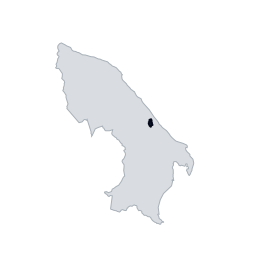 location of Huaylas, Áncash, Peru, rotated 162°
{"feature_id": "86281439B81908215942962", "entity_name": "Huaylas", "entity_type": "district", "adm_level": 2, "iso_a3": "PER", "parent_name": "Peru", "parent_adm1": "Áncash", "projection": "equal_earth", "projection_center": [-77.846, -8.958], "detail": "fine", "context": "in_parent", "style": "filled", "palette": "ink", "viewbox_px": 256, "rotation_deg": 162, "n_neighbors": 0, "source": "geoboundaries", "source_scale": "gbopen_adm2", "svg_char_len": 5028}
<svg xmlns="http://www.w3.org/2000/svg" viewBox="0 0 256 256"><g transform="rotate(162 128 128)"><path d="M170.2,73.4L170.2,74.1L169.5,74.5L168.9,74.0L168.0,74.1L166.6,72.5L163.3,72.7L161.9,74.7L159.7,75.1L157.3,76.0L154.6,76.4L150.4,79.6L149.4,80.8L147.5,82.7L146.0,83.3L145.2,89.0L143.7,92.4L143.1,94.2L143.9,97.0L143.9,98.3L143.0,99.4L142.3,99.5L140.8,100.7L138.7,103.2L138.3,105.2L139.0,107.7L138.8,108.0L137.0,108.5L137.0,109.9L136.7,110.5L138.1,112.5L139.0,113.0L139.0,113.5L138.9,114.0L138.5,114.2L138.5,114.7L139.6,116.2L140.4,119.3L141.9,120.7L142.0,121.7L142.4,122.7L143.2,123.4L145.1,126.5L145.1,127.9L143.1,131.1L146.4,131.1L150.0,132.2L150.5,132.7L150.9,134.2L150.9,135.1L151.7,135.9L151.6,137.7L156.3,137.7L159.4,137.3L164.4,131.9L165.2,131.4L164.7,132.6L164.7,133.4L164.9,134.4L164.3,135.7L164.2,148.9L165.1,148.2L166.2,149.4L167.1,149.5L169.8,148.0L172.9,148.2L180.1,165.4L179.4,166.5L179.5,167.4L178.6,168.2L177.6,169.5L177.5,176.3L176.7,178.4L177.1,179.5L177.5,181.6L178.2,182.9L178.3,183.8L178.3,184.1L177.2,184.8L177.1,186.1L175.3,188.5L174.9,190.1L174.2,190.7L174.1,192.5L175.7,195.5L174.6,197.3L173.6,199.9L175.2,205.5L175.9,206.3L176.6,206.3L177.6,206.8L178.2,207.6L176.9,208.6L176.6,209.1L176.7,210.9L175.2,212.3L173.2,215.8L172.7,216.0L171.7,217.0L171.5,217.5L171.7,218.0L172.5,219.1L172.6,220.4L171.1,221.9L170.1,222.1L169.8,222.5L170.1,224.7L170.1,225.6L169.8,226.8L169.1,228.0L167.0,229.3L165.1,229.5L161.9,226.3L160.9,225.0L157.7,222.3L157.2,219.4L156.2,218.0L154.2,217.0L152.7,215.5L151.5,214.9L148.6,211.6L146.0,210.6L141.1,207.2L138.4,206.1L135.0,202.9L133.2,202.1L131.7,200.6L127.2,197.4L126.5,196.4L125.9,194.9L124.9,193.9L123.8,191.8L122.1,190.5L120.5,188.9L118.5,184.4L117.6,183.4L117.5,181.3L116.9,180.4L117.9,179.7L118.5,176.6L118.2,175.0L115.9,170.7L115.5,168.9L113.8,165.6L113.2,163.7L111.9,162.2L111.3,161.0L110.6,160.5L110.5,159.0L110.0,156.1L109.3,154.6L106.6,151.9L106.4,149.0L105.8,146.9L102.1,138.6L99.9,130.7L98.1,126.2L97.3,123.7L97.3,122.3L95.9,119.9L95.2,117.8L92.2,113.6L90.4,108.9L90.2,107.6L89.0,105.0L87.1,101.7L86.1,100.4L80.3,96.3L77.5,93.7L77.2,92.5L77.4,91.7L78.0,91.0L78.8,91.6L79.3,91.3L79.7,90.4L79.7,89.0L79.2,87.3L77.3,83.8L77.8,82.3L75.9,78.3L76.3,74.4L76.8,73.4L79.6,69.5L80.4,67.8L81.6,66.7L82.8,65.1L84.3,63.9L84.7,64.3L85.1,66.4L85.1,67.9L85.5,69.4L84.5,70.8L83.4,70.5L82.9,70.9L82.8,71.6L82.9,72.6L83.2,73.1L84.1,73.1L82.9,75.2L83.0,75.6L83.8,76.0L84.6,75.4L85.3,74.3L85.8,74.1L88.7,76.1L90.0,75.9L91.0,76.8L91.1,78.3L92.5,81.1L94.7,81.8L95.0,81.6L95.5,80.5L96.0,80.4L96.1,78.8L97.9,77.1L98.2,75.9L97.9,75.1L97.9,74.4L99.0,70.6L99.4,70.2L99.7,69.0L100.1,68.3L100.7,64.0L101.2,64.1L101.7,65.1L102.3,64.8L102.0,63.8L102.1,63.5L104.1,60.1L104.7,59.4L114.5,54.7L119.4,49.9L123.8,43.2L125.1,36.4L125.6,36.8L126.4,36.7L126.1,33.9L126.3,32.6L126.3,32.2L125.0,30.6L124.4,28.8L123.2,27.8L123.3,27.4L124.5,27.8L125.7,27.6L126.6,26.5L127.4,26.6L129.0,28.1L130.1,28.3L130.5,29.4L131.7,30.2L133.3,32.5L134.1,35.1L134.0,35.5L134.8,36.9L136.4,37.5L137.9,39.4L139.6,40.0L140.3,41.7L140.8,42.2L141.0,43.2L140.7,44.4L141.0,45.0L142.2,46.0L143.2,46.0L143.5,46.5L144.1,49.3L143.7,50.7L143.8,51.5L145.2,52.2L145.6,52.8L146.7,52.9L148.2,52.3L150.1,53.2L151.6,52.9L152.3,52.7L153.0,52.0L153.5,52.1L155.0,50.3L155.5,50.1L157.1,50.9L158.4,52.1L160.1,51.9L160.8,51.2L162.0,50.7L164.2,52.2L164.6,52.9L165.2,53.1L167.6,54.6L168.0,55.2L169.2,55.8L169.5,56.3L169.4,56.8L163.9,68.3L165.6,69.3L167.2,68.7L168.0,69.5L168.6,71.3L169.8,72.6L170.2,73.4Z" fill="#d9dde1" stroke="#a8b0b8" stroke-width="1"/><path d="M103.8,123.1L103.7,123.1L103.6,123.3L103.6,123.5L103.5,123.8L103.5,124.0L103.6,124.3L103.7,124.5L103.6,124.8L103.7,125.0L103.8,125.1L103.7,125.2L103.8,125.3L103.8,125.2L103.8,125.3L104.0,125.4L103.9,125.5L104.0,125.5L104.0,125.8L104.0,126.0L103.9,126.0L104.0,126.0L104.1,126.3L103.9,126.4L103.9,126.5L103.7,126.7L103.6,126.8L103.5,127.0L103.4,127.1L103.3,127.3L103.2,127.4L103.1,127.5L103.1,127.8L103.1,128.0L103.3,128.2L103.3,128.3L103.3,128.5L103.2,128.5L103.0,128.8L103.1,129.0L103.3,129.2L103.3,129.3L103.5,129.3L103.6,129.2L103.7,129.3L103.8,129.2L103.8,129.3L104.0,129.3L104.3,129.3L104.5,129.4L104.8,129.3L104.8,129.2L104.9,128.9L105.0,129.0L105.3,129.1L105.4,128.9L105.4,128.7L105.4,128.4L105.4,128.2L105.4,127.9L105.4,127.7L105.5,127.7L105.4,127.6L105.5,127.4L105.7,127.2L105.8,127.2L105.8,127.3L105.9,127.2L106.0,127.2L106.2,126.9L106.3,126.9L106.4,126.7L106.5,126.7L106.8,126.5L106.7,126.4L106.7,126.2L106.8,126.2L106.9,125.9L107.0,125.9L107.0,125.7L107.1,125.4L106.9,125.3L106.9,125.2L106.9,124.9L106.9,124.7L107.0,124.6L107.0,124.4L107.0,124.2L107.0,123.9L106.9,123.8L106.9,123.7L106.8,123.8L106.7,123.7L106.4,123.5L106.4,123.4L106.3,123.2L106.2,123.1L106.1,122.9L105.9,122.8L105.9,122.7L105.8,122.8L105.7,122.7L105.7,122.8L105.7,122.7L105.6,122.8L105.4,122.9L105.2,122.8L104.9,122.9L104.8,123.0L104.7,123.0L104.5,123.3L104.4,123.3L104.3,123.5L104.2,123.7L104.1,123.4L104.0,123.2L103.9,123.2L103.8,123.1Z" fill="#0f172a" stroke="#020617" stroke-width="1.5"/></g></svg>